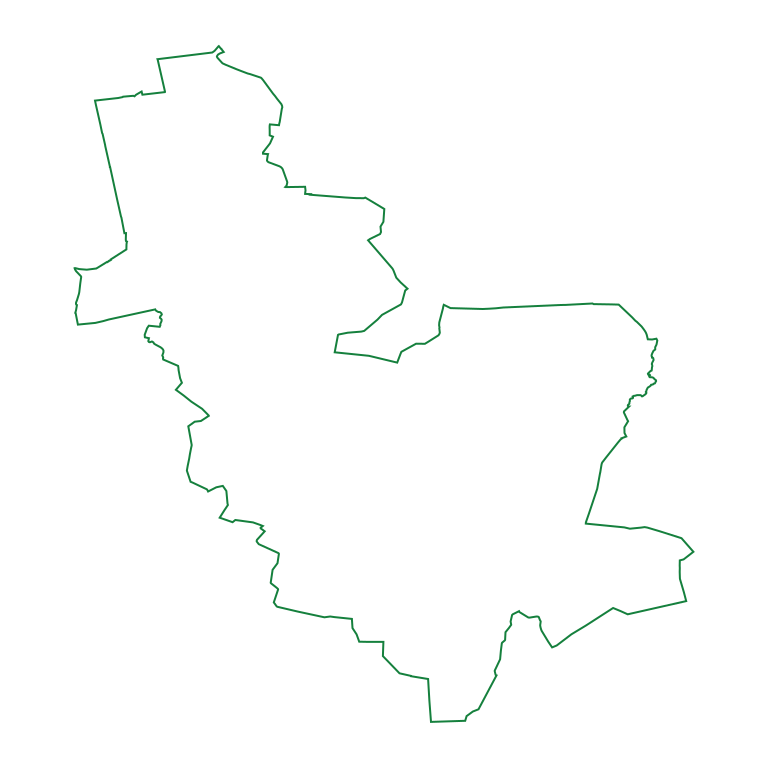 outline of Vircavas pag., Jelgava, Latvia
{"feature_id": "27541924B57397362903980", "entity_name": "Vircavas pag.", "entity_type": "district", "adm_level": 2, "iso_a3": "LVA", "parent_name": "Latvia", "parent_adm1": "Jelgava", "projection": "robinson", "projection_center": [23.832, 56.527], "detail": "fine", "context": "isolated", "style": "outline", "palette": "green", "viewbox_px": 768, "rotation_deg": 0, "n_neighbors": 0, "source": "geoboundaries", "source_scale": "gbopen_adm2", "svg_char_len": 6013}
<svg xmlns="http://www.w3.org/2000/svg" viewBox="0 0 768 768"><path d="M157.5,59.2L157.7,59.7L165.0,91.7L164.9,92.1L142.4,94.7L141.6,91.5L136.0,94.8L134.5,96.3L133.3,95.8L123.0,96.7L122.6,97.1L118.2,98.0L95.0,100.6L95.9,104.8L100.3,124.3L102.1,133.0L102.6,133.9L105.2,145.4L105.2,145.8L109.9,166.7L109.9,167.0L110.1,167.0L117.1,199.3L121.0,216.6L121.4,217.5L124.4,233.2L126.0,233.1L125.8,239.4L125.9,240.6L126.1,241.2L127.0,241.6L126.8,242.1L126.5,244.3L126.4,248.4L126.4,249.4L110.8,259.4L111.0,259.9L110.3,260.4L109.4,260.6L108.7,261.0L108.7,261.3L107.2,262.2L106.9,262.0L96.3,268.5L86.8,269.7L79.3,269.1L75.6,268.2L74.9,268.1L74.6,268.2L75.0,269.4L76.1,271.2L80.9,276.2L81.2,276.9L80.3,283.2L79.3,292.0L78.9,294.0L77.0,300.2L76.1,302.4L76.0,303.2L76.0,304.0L76.7,305.3L76.9,305.3L76.0,310.4L75.3,312.8L75.6,312.9L77.9,324.6L95.4,322.9L103.2,321.1L108.8,319.5L155.2,309.4L155.3,309.7L156.2,310.8L158.3,312.0L160.0,312.1L161.4,313.3L161.8,314.5L161.0,315.7L160.3,316.3L160.0,317.0L159.9,317.8L160.9,318.6L161.6,319.5L161.6,320.8L161.3,321.7L160.3,323.8L160.3,324.5L160.4,325.2L159.7,326.8L148.8,325.7L147.1,328.2L144.7,334.8L144.9,337.3L148.9,338.2L148.6,339.0L148.7,339.6L148.3,341.1L148.8,341.9L149.6,342.2L150.1,342.2L151.9,341.5L152.2,341.6L153.5,342.5L153.9,343.4L154.4,343.9L156.1,344.9L160.6,347.3L161.9,348.3L163.0,349.5L163.5,350.7L163.4,352.5L162.3,355.5L163.2,357.3L163.0,358.4L163.2,359.5L178.1,365.9L178.4,367.6L178.6,370.2L180.1,378.2L181.9,382.8L175.9,389.8L183.8,395.6L191.4,401.7L202.1,408.8L208.6,415.4L208.8,415.8L200.9,421.0L194.7,421.7L188.3,426.3L191.7,445.0L191.6,445.8L191.1,448.0L189.9,454.2L189.2,458.6L187.7,465.8L186.9,470.4L186.9,470.7L190.6,481.8L192.4,482.5L206.8,489.3L207.2,489.7L208.1,491.5L216.3,487.3L222.8,485.9L226.3,490.9L226.4,491.3L227.5,503.5L227.9,505.0L224.3,510.4L219.7,517.7L232.6,522.2L235.3,520.0L253.0,522.4L260.1,524.9L262.8,526.0L260.6,527.8L260.7,528.4L264.7,531.3L257.0,539.8L256.7,540.7L256.7,541.5L258.8,544.2L278.4,553.1L278.7,553.4L278.9,553.9L277.5,563.2L272.6,569.8L270.7,582.8L271.0,583.3L276.6,587.7L278.0,589.0L278.1,589.5L273.8,602.4L276.7,606.4L277.4,606.8L297.9,611.6L324.4,617.3L330.2,616.5L334.5,617.1L351.9,618.9L352.5,628.1L356.6,634.4L358.7,640.2L359.2,641.7L369.1,641.9L383.4,641.9L382.9,656.1L399.5,673.3L411.0,675.9L411.0,676.2L428.1,679.0L429.4,700.9L431.0,721.9L465.2,720.8L466.6,716.1L472.9,711.5L478.5,709.3L496.5,675.4L495.9,675.2L495.6,674.8L494.7,671.0L494.8,670.5L500.1,659.3L500.9,650.6L501.8,643.5L502.1,642.7L504.8,640.4L505.1,639.9L505.5,632.2L508.9,628.0L511.2,624.8L510.6,621.5L512.1,615.0L512.8,614.3L519.0,611.2L519.2,611.9L528.3,617.5L529.7,617.6L536.5,616.5L537.9,616.6L538.8,617.1L540.0,620.2L540.3,620.6L540.7,621.5L540.2,625.0L540.2,625.7L540.6,627.7L541.2,629.7L541.7,630.9L548.2,641.6L552.1,647.4L556.7,645.5L571.4,634.3L585.8,625.6L613.1,608.0L620.6,611.1L627.7,614.3L686.2,601.1L683.9,592.3L680.0,579.1L679.9,578.3L679.7,571.8L679.8,568.1L679.7,565.6L679.8,560.4L683.6,559.4L693.4,551.8L681.5,538.2L659.5,531.2L647.4,527.6L644.6,527.1L641.1,527.6L629.9,528.7L624.4,527.4L585.8,523.6L585.9,522.3L588.9,513.7L597.2,488.8L600.1,472.8L600.2,472.7L601.5,464.7L601.8,463.5L602.2,462.5L606.3,457.2L618.0,442.5L620.6,439.4L621.9,438.5L621.7,438.2L626.3,436.5L624.5,433.0L624.4,427.3L628.1,421.2L627.4,420.0L623.9,412.5L623.9,411.9L624.1,411.3L629.0,406.6L628.7,406.6L628.0,406.2L627.8,405.8L628.1,404.8L629.2,403.9L629.4,403.5L629.4,402.4L629.9,401.0L629.8,399.8L629.9,399.5L630.0,399.3L631.0,398.5L632.4,398.4L632.8,398.2L633.0,397.8L633.0,397.3L632.7,396.9L632.6,396.5L634.0,395.8L634.8,395.8L637.2,395.1L640.1,395.1L640.7,395.2L641.5,395.8L641.8,396.3L642.0,396.4L642.7,396.2L643.9,395.3L644.9,394.7L645.2,394.3L645.9,393.8L646.4,392.9L646.3,392.6L645.8,392.0L645.8,391.9L646.3,391.3L646.6,389.9L647.8,387.6L649.6,386.5L650.7,385.6L651.1,384.8L652.8,384.5L653.4,384.1L653.6,383.7L654.8,383.4L655.1,383.0L655.6,381.9L656.1,381.1L656.0,380.3L654.5,379.1L653.4,377.8L652.1,377.3L649.8,377.2L649.3,376.7L649.1,376.0L649.5,375.6L650.0,375.2L649.7,374.7L649.0,374.5L648.2,374.5L647.9,373.8L648.1,373.4L650.0,371.5L650.6,371.0L651.1,370.7L651.5,370.7L651.7,370.3L652.0,367.2L652.3,366.3L652.3,365.9L652.2,365.1L651.8,364.0L652.3,362.5L653.5,360.2L653.5,359.3L653.2,358.1L652.8,357.7L652.0,357.6L652.0,356.7L651.6,356.1L651.6,355.1L652.3,353.2L653.5,350.8L655.2,349.5L655.2,347.2L656.5,344.6L657.3,340.5L656.4,338.7L652.1,339.5L647.8,339.3L646.7,334.7L645.9,332.7L645.1,331.3L643.8,329.4L641.6,326.5L636.9,321.9L635.3,320.7L632.2,317.4L618.7,304.6L611.4,304.4L593.6,304.1L592.5,303.5L565.8,304.9L560.8,305.0L503.4,307.5L495.7,308.3L489.3,308.7L482.8,309.0L450.5,308.1L443.8,304.8L443.3,306.4L442.9,308.6L439.3,322.4L439.1,325.2L439.5,327.6L439.3,328.3L439.8,332.6L439.5,333.7L438.5,335.3L428.5,341.6L424.9,343.8L416.1,343.7L401.4,351.8L400.5,353.9L397.2,362.6L368.9,355.8L334.7,352.3L338.0,334.9L338.6,334.5L347.8,332.7L361.3,331.6L364.2,330.9L377.5,319.6L382.0,314.9L401.0,304.4L402.0,302.4L405.2,290.5L407.5,288.7L400.6,282.4L396.3,277.7L393.5,270.5L392.5,268.6L368.1,240.3L370.1,238.9L380.1,234.0L381.0,232.0L380.5,226.6L383.4,221.8L384.3,209.0L365.3,197.6L363.8,198.2L355.5,198.1L345.5,197.5L309.6,194.7L309.4,194.6L310.0,194.1L305.1,193.9L305.3,191.8L305.5,190.8L305.5,190.2L305.1,186.8L285.7,187.1L285.3,187.0L286.6,185.6L287.3,182.5L287.1,181.5L282.8,169.5L282.2,168.4L280.9,167.1L279.5,166.3L268.5,162.2L267.6,161.5L267.0,160.6L267.0,160.0L267.8,154.7L268.0,154.1L263.0,153.7L263.0,152.4L270.0,143.4L273.0,136.7L269.7,135.4L269.7,130.7L269.6,127.0L269.7,125.3L269.9,124.4L279.0,125.2L279.3,123.4L279.7,122.0L281.8,108.9L282.3,107.3L282.1,105.9L281.4,104.2L277.0,98.7L275.1,96.1L273.0,93.6L263.1,80.1L261.5,78.2L260.9,77.7L250.1,74.1L247.7,73.5L241.1,71.0L236.2,69.1L225.5,64.7L222.7,63.4L222.1,62.9L217.5,57.8L217.0,56.9L216.9,56.3L218.0,54.6L220.0,53.4L223.7,52.0L221.5,49.2L221.4,48.9L221.1,48.9L218.8,46.1L218.4,46.4L215.0,50.4L214.4,51.0L212.3,52.5L157.5,59.2Z" fill="none" stroke="#15803d" stroke-width="2"/></svg>